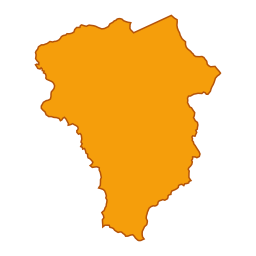 Itaberá, São Paulo, Brazil (Albers equal-area conic projection)
{"feature_id": "56859067B47195515530688", "entity_name": "Itaberá", "entity_type": "district", "adm_level": 2, "iso_a3": "BRA", "parent_name": "Brazil", "parent_adm1": "São Paulo", "projection": "albers", "projection_center": [-49.149, -23.906], "detail": "fine", "context": "isolated", "style": "filled", "palette": "amber", "viewbox_px": 256, "rotation_deg": 0, "n_neighbors": 0, "source": "geoboundaries", "source_scale": "gbopen_adm2", "svg_char_len": 4043}
<svg xmlns="http://www.w3.org/2000/svg" viewBox="0 0 256 256"><path d="M54.4,41.4L52.6,42.0L50.0,41.5L47.2,43.5L45.4,44.1L43.7,44.8L41.3,44.9L38.5,46.8L37.7,49.1L36.3,50.8L35.5,52.4L36.1,54.8L35.9,56.9L35.6,58.6L37.2,61.0L38.8,62.5L38.8,64.6L36.8,64.1L35.5,64.8L36.6,66.4L37.8,68.4L40.1,69.0L41.1,67.8L42.1,68.8L42.3,70.6L44.1,71.2L43.5,72.8L45.4,73.8L46.1,75.9L45.8,78.1L46.7,79.3L51.3,81.3L52.7,82.2L53.8,83.7L54.6,85.8L54.1,88.4L53.0,89.9L51.3,92.0L51.0,94.1L51.0,96.4L50.4,99.0L48.3,100.2L46.3,100.6L43.4,102.3L42.2,104.5L41.3,106.0L41.3,108.2L42.7,109.9L45.1,112.0L46.1,114.7L48.8,116.6L51.5,116.6L53.9,117.4L56.6,117.6L59.2,118.5L60.4,120.7L61.8,119.9L62.8,118.3L64.4,117.3L66.0,119.0L67.4,121.6L68.4,123.5L68.2,125.2L69.6,124.9L70.9,124.5L72.6,123.7L74.5,124.8L76.3,125.7L77.7,126.8L78.2,128.3L77.8,129.7L76.8,130.6L76.9,132.3L78.5,134.2L80.2,133.6L81.3,135.1L81.5,136.7L81.8,139.0L81.0,142.1L82.2,143.8L80.7,146.6L82.3,147.3L82.7,149.1L84.5,148.5L85.4,150.4L86.0,153.2L87.7,154.2L87.6,156.1L88.1,157.8L89.7,158.6L90.9,159.7L91.9,160.8L92.9,162.1L91.9,164.2L90.1,165.6L92.3,167.4L94.1,167.1L95.6,166.9L97.0,166.8L99.3,167.8L99.2,170.0L100.3,172.4L101.3,177.4L100.5,179.7L100.5,182.0L100.3,185.5L99.3,186.8L98.6,188.0L100.5,188.5L103.0,189.4L104.6,190.7L105.6,193.1L106.4,195.9L105.8,197.9L107.0,200.0L106.8,202.3L106.4,203.8L106.1,206.3L105.2,207.5L104.6,209.3L104.0,210.7L102.8,211.5L101.8,212.6L102.6,214.1L103.4,215.4L103.9,217.7L102.4,219.7L102.6,223.2L102.8,225.2L102.8,226.9L105.0,225.2L107.2,225.2L109.2,225.3L109.9,227.3L112.0,227.8L113.5,228.6L114.6,230.2L116.5,231.5L118.1,232.4L120.1,231.9L121.6,232.1L123.1,233.5L124.8,234.7L125.6,236.2L127.9,236.1L130.5,235.1L132.7,234.7L134.5,236.5L135.3,237.9L137.7,240.1L138.9,240.6L140.8,240.5L142.5,239.7L144.1,239.0L142.5,236.8L142.1,234.0L142.3,231.4L143.3,229.3L144.5,226.7L146.7,224.7L147.2,222.8L147.4,221.0L146.2,218.3L146.4,215.9L147.1,213.7L147.4,212.2L148.0,210.8L149.1,208.2L150.9,206.7L153.1,205.8L154.9,206.0L156.6,205.4L157.8,204.1L158.0,202.3L159.3,200.8L160.8,200.4L162.8,199.6L164.8,200.2L167.5,198.7L168.0,197.2L168.1,195.6L169.4,194.7L170.9,194.4L171.0,192.8L171.8,191.0L175.0,189.7L177.1,188.5L178.3,187.4L178.6,185.5L179.9,184.7L181.9,184.3L183.8,185.6L184.7,183.8L186.9,183.5L188.7,182.9L189.1,181.4L191.0,180.6L189.9,179.1L188.9,177.4L189.0,172.7L189.2,171.1L188.2,169.2L188.9,167.7L190.5,166.1L191.8,164.3L192.3,161.9L191.6,160.3L192.6,158.9L192.6,156.9L195.2,156.9L196.9,157.7L199.3,156.5L200.0,154.0L199.0,151.6L197.2,148.9L195.1,145.5L193.8,143.8L193.4,142.0L192.2,140.4L192.5,138.6L191.9,137.1L192.7,135.8L195.0,136.2L195.8,134.2L196.7,132.4L195.8,130.3L197.3,129.1L197.4,127.6L197.9,125.0L197.4,122.4L195.2,120.7L194.4,119.1L193.5,117.7L194.3,115.7L194.7,112.6L193.6,111.1L192.5,109.4L191.5,107.8L189.8,107.0L188.6,104.8L187.5,102.6L187.8,100.3L187.5,98.1L188.5,96.1L190.5,96.0L192.6,94.8L194.0,94.1L195.7,93.8L198.0,93.3L200.4,93.4L201.9,93.5L203.5,92.1L205.2,92.7L206.3,94.2L207.9,94.3L209.0,93.0L210.4,91.2L211.0,89.0L211.9,86.8L213.3,84.3L214.3,81.8L215.4,78.2L217.3,76.0L219.4,74.5L220.5,73.1L219.0,71.1L217.1,69.0L215.0,66.4L212.6,66.6L210.6,66.8L208.7,65.7L207.3,64.3L206.7,61.2L204.9,59.0L203.9,57.5L202.0,56.5L199.3,56.7L197.2,56.6L195.6,56.5L193.9,55.3L193.1,53.9L191.9,52.9L190.6,51.3L188.1,49.3L187.1,48.3L186.1,46.8L185.5,44.5L185.5,41.7L183.7,40.3L182.0,38.7L180.2,35.3L179.5,32.8L178.3,30.5L177.4,28.1L176.9,25.3L177.2,21.9L177.1,19.7L174.6,18.3L173.1,17.0L171.3,15.4L149.7,25.4L133.6,32.8L132.3,31.4L130.8,30.0L129.9,28.4L130.0,26.6L130.0,24.8L130.8,22.7L128.1,22.3L125.8,21.6L123.6,20.7L121.9,19.1L119.9,18.6L118.5,18.7L117.1,19.1L116.0,20.2L114.1,21.0L112.7,22.4L110.0,23.8L108.4,26.6L104.5,28.5L101.8,28.9L100.5,28.4L98.4,27.6L95.7,26.3L93.6,25.7L90.5,25.3L89.1,25.1L87.8,25.6L86.4,26.3L84.4,25.8L81.6,24.9L80.4,25.6L79.9,27.4L76.6,27.5L74.7,29.5L74.0,31.9L72.1,33.1L70.3,33.6L69.0,33.8L67.0,33.7L65.8,35.0L63.3,35.5L61.4,36.6L60.5,38.2L59.1,39.8L57.3,40.8L55.9,41.3L54.4,41.4Z" fill="#f59e0b" stroke="#b45309" stroke-width="1.5"/></svg>